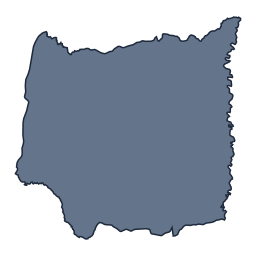 São José do Xingu, Mato Grosso, Brazil
{"feature_id": "56859067B62238110035990", "entity_name": "São José do Xingu", "entity_type": "district", "adm_level": 2, "iso_a3": "BRA", "parent_name": "Brazil", "parent_adm1": "Mato Grosso", "projection": "robinson", "projection_center": [-52.561, -10.682], "detail": "fine", "context": "isolated", "style": "filled", "palette": "slate", "viewbox_px": 256, "rotation_deg": 0, "n_neighbors": 0, "source": "geoboundaries", "source_scale": "gbopen_adm2", "svg_char_len": 5732}
<svg xmlns="http://www.w3.org/2000/svg" viewBox="0 0 256 256"><path d="M230.2,194.6L230.5,193.5L229.1,192.7L228.3,193.0L227.7,192.4L228.1,191.1L228.9,190.2L230.2,190.3L230.9,189.8L231.3,188.9L230.9,186.6L230.3,185.9L230.2,185.1L229.4,183.8L229.3,182.6L231.1,179.6L232.3,179.1L232.5,178.1L231.7,176.3L230.1,174.1L229.8,173.1L230.0,171.4L230.5,170.2L228.1,167.1L228.1,166.1L228.6,165.5L229.8,165.2L230.6,166.2L231.5,165.8L231.9,164.6L230.7,163.1L230.6,162.3L231.9,159.7L231.1,157.9L231.4,157.1L232.9,156.5L233.4,155.2L234.0,154.7L234.0,153.9L232.8,150.7L233.0,148.5L232.2,147.6L231.2,147.1L231.0,145.8L232.3,145.4L232.8,144.6L230.7,143.1L230.9,142.3L232.1,142.4L233.0,141.6L234.3,141.4L234.7,140.8L234.7,140.0L233.5,137.2L230.4,135.6L229.8,134.8L230.1,130.4L230.5,129.8L232.0,129.0L231.3,127.5L228.8,126.7L228.7,125.4L229.1,124.6L231.8,126.7L232.5,126.8L233.3,126.1L232.9,125.2L231.5,124.0L230.8,122.2L227.2,120.9L227.1,119.6L227.9,117.1L229.0,116.8L229.5,116.3L227.0,113.7L227.2,112.6L228.0,112.1L230.0,112.5L230.3,111.5L230.3,108.8L230.7,107.7L231.5,107.3L231.9,106.7L230.8,105.1L229.0,103.9L228.9,102.6L229.8,101.0L232.0,99.0L232.9,95.9L232.7,95.0L232.1,94.3L229.4,92.7L229.5,90.0L229.2,88.6L227.2,86.8L227.4,85.8L228.5,85.5L231.2,86.3L231.6,85.5L231.2,81.4L230.6,80.5L227.9,79.6L227.7,77.8L228.1,77.1L232.4,77.5L232.5,76.6L231.7,74.8L230.4,74.7L229.8,74.2L230.4,71.3L230.2,70.2L229.5,69.4L225.8,68.4L223.9,66.6L223.6,65.7L223.9,64.9L224.5,64.2L229.2,62.0L230.1,61.0L228.9,60.5L226.8,60.4L225.4,59.2L225.3,58.4L225.9,57.8L226.8,57.7L228.3,58.3L229.3,58.0L230.0,56.5L229.8,55.5L229.1,55.2L228.1,55.2L227.1,54.4L227.8,53.0L228.7,52.2L230.5,51.5L231.1,50.8L231.3,49.7L232.1,49.3L233.4,49.5L234.3,49.0L233.4,47.5L230.5,45.1L230.7,44.1L231.9,43.2L232.6,43.1L234.5,44.3L235.2,44.3L236.3,42.7L236.5,41.8L235.9,39.6L236.8,37.4L235.5,34.0L235.5,33.1L237.1,30.9L237.1,29.8L236.0,27.8L237.3,27.5L238.0,26.8L238.6,24.8L238.3,22.2L240.6,20.0L240.5,18.3L238.5,17.2L237.9,17.9L236.1,17.2L234.9,17.4L233.8,17.0L232.2,17.9L228.8,18.8L227.5,18.3L226.7,19.3L225.0,20.5L224.0,20.5L223.2,20.9L222.4,23.0L221.4,23.1L221.0,23.9L221.3,26.2L220.6,26.9L219.9,28.8L218.9,29.2L218.1,28.7L214.5,31.1L212.6,30.9L210.7,31.5L209.1,32.8L208.6,33.8L206.5,35.6L205.5,35.6L204.3,36.9L204.0,37.9L202.1,39.2L201.6,40.0L201.3,41.0L200.4,41.2L199.5,40.7L198.0,38.8L196.6,38.6L195.9,38.1L195.3,36.8L194.4,36.5L193.8,35.7L191.0,35.0L189.4,36.1L188.6,37.8L187.6,39.1L187.3,40.1L185.4,40.8L183.2,41.2L180.8,40.9L179.9,40.0L179.2,38.1L177.1,36.3L175.7,36.4L173.5,35.6L169.3,35.2L167.9,34.3L163.4,33.8L162.7,34.3L162.4,35.2L162.5,36.5L162.0,38.3L160.5,39.4L159.2,41.0L158.3,41.1L157.6,40.1L156.4,36.7L154.9,38.0L154.2,39.7L153.4,40.4L151.2,41.2L145.4,41.3L142.8,40.8L141.8,41.0L139.7,42.1L136.6,42.5L133.4,44.6L128.1,46.0L124.1,47.6L122.5,47.6L119.7,46.4L118.1,46.4L114.5,48.8L112.0,51.4L109.9,51.5L105.5,53.6L103.9,53.6L100.7,52.7L95.4,49.7L94.2,49.5L91.8,50.0L90.2,49.8L88.7,48.6L86.4,48.4L84.0,49.4L81.8,49.2L80.9,49.6L80.1,49.3L78.9,50.8L77.8,50.7L76.2,51.4L74.6,50.8L74.3,51.8L72.5,52.2L71.4,53.6L71.1,54.6L70.2,54.6L69.7,53.8L68.7,53.3L67.9,52.0L67.2,47.7L65.3,47.4L64.2,46.9L63.3,47.2L63.2,46.1L62.2,45.5L62.3,43.7L61.4,43.3L60.8,43.7L60.7,42.7L59.7,44.0L58.6,43.9L58.2,44.6L57.5,43.8L57.5,42.7L56.7,41.2L57.0,40.3L56.2,40.0L56.5,37.9L55.8,37.4L54.0,37.7L51.8,38.8L50.3,36.7L48.8,37.2L48.2,36.6L47.0,36.2L47.3,34.7L46.7,34.2L47.2,33.3L46.4,31.7L44.1,32.3L42.2,33.2L38.9,36.0L37.2,38.6L34.9,43.0L33.5,46.6L29.6,69.3L28.2,74.0L25.9,79.4L25.7,80.7L25.3,85.6L25.7,92.1L24.5,96.4L25.1,98.2L28.1,100.8L28.5,101.4L28.7,102.3L26.5,111.3L23.7,118.7L23.1,122.7L22.9,134.9L23.7,141.3L23.3,143.9L22.0,148.4L22.2,152.6L22.0,155.3L21.0,157.3L18.7,159.7L17.1,162.6L16.5,167.1L17.3,167.9L17.6,169.3L17.3,170.4L15.4,173.6L16.6,174.6L18.1,175.0L18.5,177.2L20.4,180.6L21.3,181.6L22.2,182.0L24.7,181.9L25.6,183.4L24.4,184.4L25.0,185.1L26.7,185.2L26.7,184.1L27.3,183.4L28.1,183.9L29.8,184.0L30.5,183.4L30.8,182.7L32.1,182.0L32.8,183.5L33.5,183.9L34.9,182.7L35.7,183.3L36.5,183.5L37.3,182.8L38.6,184.0L40.1,183.2L41.2,183.7L41.9,183.0L42.7,182.8L43.6,184.6L44.5,185.1L45.2,184.6L47.7,186.5L47.9,187.5L50.7,189.2L51.3,190.2L52.7,191.3L53.9,193.7L54.9,194.1L56.4,195.8L58.1,197.0L59.0,197.0L59.2,198.1L60.6,199.7L60.5,200.6L61.5,201.9L62.4,204.5L61.7,207.1L62.8,209.3L63.1,211.3L62.7,212.1L63.4,212.9L64.4,215.3L64.5,216.2L64.2,217.6L65.0,219.2L64.5,220.2L64.8,221.1L67.0,222.3L68.0,222.4L71.3,225.9L71.3,226.8L71.9,226.6L72.7,229.2L73.3,229.5L74.2,231.5L74.1,233.5L74.6,234.3L75.3,234.4L77.6,236.5L79.4,237.4L79.8,236.6L81.1,236.6L83.6,237.7L85.2,238.8L86.2,239.0L87.9,238.7L88.3,237.7L89.8,237.3L92.0,235.7L93.1,234.2L94.1,230.9L94.9,230.0L95.7,227.4L96.7,225.6L97.7,224.1L99.5,222.6L100.4,222.5L101.3,223.0L102.4,223.0L103.3,223.8L105.2,224.6L111.8,225.1L113.4,226.7L116.6,228.4L120.2,231.4L121.2,231.4L125.7,229.4L126.8,229.3L130.1,230.8L131.3,231.1L133.2,230.0L135.4,229.3L146.3,228.7L149.7,229.4L150.7,232.5L151.0,233.3L151.7,233.8L161.0,235.6L161.8,235.5L165.0,233.2L169.1,232.0L170.1,231.3L172.1,227.5L173.2,236.0L175.2,235.8L177.6,234.5L179.4,230.2L181.4,229.1L183.7,226.3L185.3,225.3L186.3,225.1L190.3,225.4L193.8,224.6L195.9,224.9L198.4,224.1L203.3,224.6L206.1,223.1L211.5,222.4L213.8,221.7L216.2,220.3L219.6,219.7L221.3,219.0L222.6,219.4L223.4,219.3L224.3,220.0L225.2,218.7L225.2,217.8L224.6,216.7L224.5,215.2L225.0,213.5L226.4,211.8L225.4,210.5L223.2,210.7L222.9,209.6L224.3,207.4L223.5,206.2L222.5,207.5L221.6,207.6L221.0,207.1L221.5,206.0L222.4,205.1L223.3,204.8L223.0,203.2L223.6,201.9L224.6,201.4L225.8,199.6L227.0,198.6L227.3,196.8L226.2,196.5L226.0,195.0L227.9,194.8L228.2,195.7L228.7,194.4L229.3,194.2L230.2,194.6Z" fill="#64748b" stroke="#1e293b" stroke-width="1.5"/></svg>